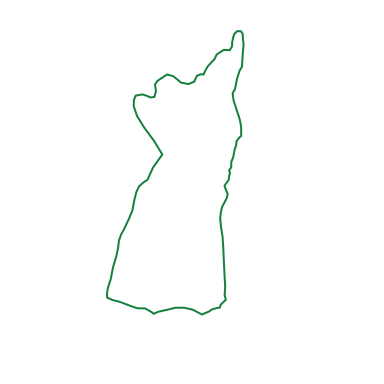 Malung-Sälen, Dalarna, Sweden, rotated 237°
{"feature_id": "70781695B21384318328317", "entity_name": "Malung-Sälen", "entity_type": "district", "adm_level": 2, "iso_a3": "SWE", "parent_name": "Sweden", "parent_adm1": "Dalarna", "projection": "equal_earth", "projection_center": [13.492, 60.851], "detail": "fine", "context": "isolated", "style": "outline", "palette": "green", "viewbox_px": 384, "rotation_deg": 237, "n_neighbors": 0, "source": "geoboundaries", "source_scale": "gbopen_adm2", "svg_char_len": 1603}
<svg xmlns="http://www.w3.org/2000/svg" viewBox="0 0 384 384"><g transform="rotate(237 192 192)"><path d="M295.8,307.3L292.2,304.8L290.4,300.9L293.9,296.0L293.9,287.6L291.2,283.3L289.0,274.3L286.8,269.5L284.2,265.7L285.9,263.7L286.8,259.4L283.3,254.0L284.5,247.7L289.7,242.4L299.3,239.4L304.1,235.1L304.1,228.3L304.0,224.2L304.0,223.5L302.3,219.5L296.2,216.7L292.2,212.2L294.0,208.5L297.0,206.7L300.9,203.5L303.5,197.2L300.9,193.5L295.6,189.8L285.6,187.3L272.1,187.0L255.6,188.0L239.6,187.5L233.9,172.9L226.5,161.3L226.5,156.3L226.4,155.8L225.6,150.7L222.2,145.2L216.5,139.1L209.2,132.2L204.0,124.7L197.9,114.9L194.9,109.3L191.0,104.2L185.4,99.6L179.8,94.0L171.6,84.5L163.4,76.6L157.4,69.3L153.5,65.7L149.6,63.3L144.4,66.7L139.6,71.3L128.8,79.2L124.0,83.1L120.1,89.1L113.2,92.8L110.7,93.5L110.0,98.3L106.6,107.4L103.8,115.4L99.0,122.6L92.9,128.5L83.9,133.6L82.5,141.1L82.7,144.6L81.1,149.8L80.1,152.2L79.9,152.3L81.9,154.8L83.2,161.7L87.9,163.3L94.7,168.4L104.4,173.9L118.6,182.2L128.6,188.1L138.3,193.5L146.9,197.3L154.4,201.2L158.8,204.7L163.0,209.0L165.8,214.0L168.2,218.1L171.0,220.9L175.8,221.7L179.7,222.8L180.8,225.7L181.9,229.1L185.2,231.8L187.2,234.2L190.0,235.0L191.3,238.3L195.8,241.3L198.9,245.7L204.7,251.2L206.7,254.1L210.3,256.9L211.7,260.6L212.3,263.8L219.0,268.2L224.0,270.5L229.3,272.3L234.6,273.6L238.5,274.7L241.0,275.4L245.8,276.6L252.8,279.9L255.0,284.3L262.0,290.9L267.7,297.8L269.9,302.2L279.8,309.5L287.6,315.6L293.1,318.3L296.9,320.6L298.3,320.6L299.9,320.7L302.3,317.6L301.5,313.6L299.4,310.9L295.8,307.3L295.8,307.3Z" fill="none" stroke="#15803d" stroke-width="2"/></g></svg>